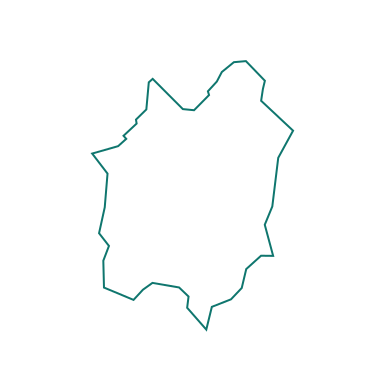 Skrapar, Berat, Albania, rotated 46°
{"feature_id": "67620474B62055143354216", "entity_name": "Skrapar", "entity_type": "district", "adm_level": 2, "iso_a3": "ALB", "parent_name": "Albania", "parent_adm1": "Berat", "projection": "mercator", "projection_center": [20.254, 40.545], "detail": "fine", "context": "isolated", "style": "outline", "palette": "teal", "viewbox_px": 384, "rotation_deg": 46, "n_neighbors": 0, "source": "geoboundaries", "source_scale": "gbopen_adm2", "svg_char_len": 681}
<svg xmlns="http://www.w3.org/2000/svg" viewBox="0 0 384 384"><g transform="rotate(46 192 192)"><path d="M95.0,237.1L120.1,240.0L142.4,265.4L157.1,287.5L173.1,289.2L179.8,303.5L199.6,321.7L229.0,309.0L228.2,295.2L229.9,283.6L251.7,267.6L264.8,267.1L271.9,275.9L300.9,277.3L288.4,257.5L296.3,238.5L295.6,222.9L285.1,206.5L285.8,186.6L294.3,178.0L266.1,162.4L258.2,144.3L227.3,106.2L218.1,76.7L174.4,78.9L167.2,69.5L162.6,62.3L135.3,62.3L127.7,71.7L126.4,87.2L129.8,97.4L130.6,110.6L134.1,112.4L134.6,133.7L126.0,141.0L83.3,141.7L83.1,146.9L100.9,167.5L101.0,182.0L104.3,184.3L104.0,202.2L108.1,202.4L107.7,213.3L95.0,237.1Z" fill="none" stroke="#0f766e" stroke-width="2"/></g></svg>